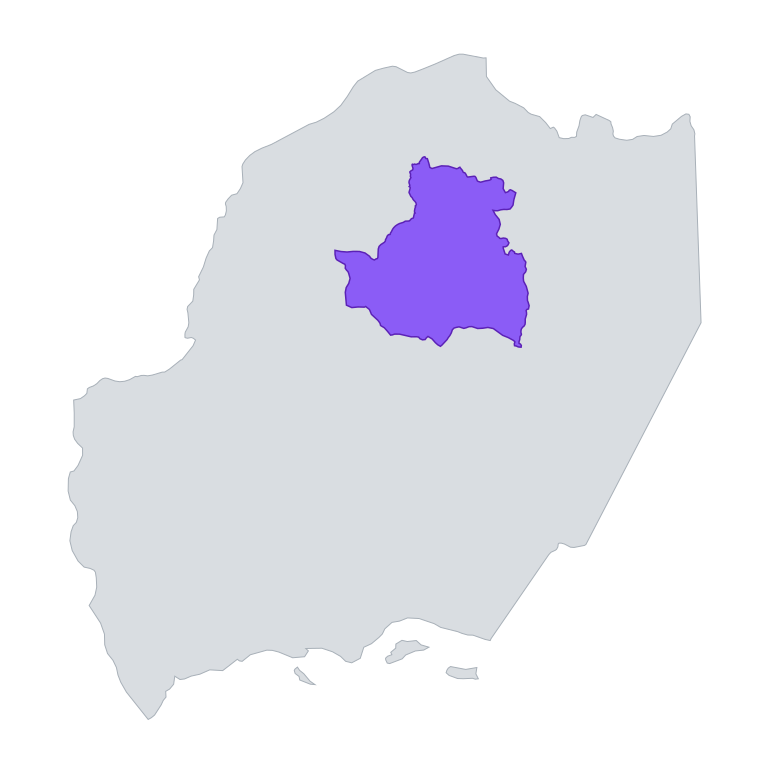 where Tabora sits in United Republic of Tanzania, rotated 88°
{"feature_id": "TZA-3359", "entity_name": "Tabora", "entity_type": "Region", "adm_level": 1, "iso_a3": "TZA", "parent_name": "United Republic of Tanzania", "parent_adm1": "", "projection": "orthographic", "projection_center": [32.512, -5.492], "detail": "fine", "context": "in_parent", "style": "filled", "palette": "violet", "viewbox_px": 768, "rotation_deg": 88, "n_neighbors": 0, "source": "natural_earth", "source_scale": "10m", "svg_char_len": 7606}
<svg xmlns="http://www.w3.org/2000/svg" viewBox="0 0 768 768"><g transform="rotate(88 384 384)"><path d="M270.3,565.5L260.7,560.4L252.0,557.4L244.9,553.9L241.7,550.6L235.0,549.3L229.2,548.7L223.8,545.6L212.8,544.5L211.6,542.4L211.4,537.8L209.5,536.6L205.5,535.5L201.1,535.5L198.5,536.2L196.9,535.9L193.4,533.2L190.0,529.7L188.7,524.3L183.7,520.7L177.9,517.9L161.7,518.3L159.2,517.4L155.3,514.7L150.8,510.1L147.2,504.8L144.0,497.7L140.6,488.1L121.9,449.8L120.0,442.6L116.3,434.5L110.3,424.7L104.0,417.4L95.4,410.7L85.7,404.2L80.4,399.7L70.3,381.7L68.3,373.3L66.7,364.5L67.3,360.9L73.5,349.6L74.1,346.4L73.3,342.2L70.2,333.2L66.2,322.3L58.2,302.4L57.0,297.4L57.1,293.6L61.7,273.4L61.6,270.6L80.3,270.9L93.9,262.0L105.7,248.7L108.1,243.2L112.9,234.7L117.7,230.4L119.5,227.5L122.2,219.1L128.4,213.3L134.5,208.9L133.2,205.8L134.1,204.6L137.4,202.4L143.9,200.3L145.1,195.8L145.1,190.8L144.0,188.0L144.2,184.8L143.2,183.0L139.0,182.6L132.8,180.1L127.5,179.0L123.9,177.6L122.6,176.5L122.0,173.5L124.9,165.8L122.0,162.6L128.5,149.8L129.7,148.2L132.1,148.0L135.8,146.6L139.3,146.0L142.1,146.5L144.2,146.0L146.1,144.5L147.6,140.2L148.9,132.9L148.2,127.0L145.5,122.4L144.7,115.5L146.0,106.1L145.1,98.4L142.1,92.2L139.0,88.5L134.3,86.8L126.9,77.3L124.6,72.8L125.1,69.9L127.6,68.7L132.3,69.1L136.7,68.0L140.8,65.4L144.8,64.6L147.0,65.0L333.8,65.0L551.4,187.8L552.3,189.2L554.0,199.8L553.6,203.3L550.2,209.3L549.2,212.5L549.2,214.7L550.0,215.5L552.8,215.9L555.2,217.3L556.1,218.5L558.0,223.0L560.3,225.3L642.2,285.9L644.1,286.8L642.8,291.8L638.1,303.9L637.8,309.0L635.9,314.9L634.1,318.9L629.2,335.9L625.2,342.3L619.6,357.2L618.6,368.7L621.5,376.8L622.5,384.3L628.7,391.7L633.8,394.4L637.1,397.9L643.1,405.6L646.4,413.4L657.3,417.3L661.5,426.0L659.8,432.0L654.7,436.9L649.8,444.8L645.9,455.3L645.6,471.4L648.1,468.9L653.8,472.9L654.4,484.8L648.2,498.5L646.3,504.9L645.9,510.4L649.9,527.0L656.2,535.4L655.7,538.1L654.0,540.2L664.8,555.2L663.6,568.1L667.6,578.2L669.2,586.9L671.8,593.6L672.2,598.2L668.7,603.3L676.7,604.7L681.4,608.9L683.5,612.9L689.3,612.8L692.4,615.6L696.9,617.9L706.8,624.8L709.4,628.2L711.0,631.4L682.9,652.2L672.8,657.5L665.6,660.0L658.0,661.3L650.7,664.5L643.7,669.7L634.9,672.2L624.2,672.1L613.0,675.6L595.1,686.4L585.0,680.2L577.0,678.2L567.7,678.3L562.0,679.0L560.0,680.3L558.1,684.0L556.5,690.1L550.3,695.9L539.6,701.4L529.7,703.4L520.8,701.9L514.7,699.5L511.6,696.3L506.9,694.7L500.8,694.9L494.8,697.2L489.1,701.5L480.0,703.4L467.6,702.7L461.0,700.6L460.1,696.9L454.7,692.6L444.8,687.7L437.5,687.5L432.7,692.2L428.4,695.1L424.5,696.3L421.0,696.4L416.0,695.1L402.2,694.6L389.2,694.7L388.0,687.9L385.3,683.7L383.0,681.3L378.5,680.6L377.2,678.7L375.8,674.5L373.6,670.9L370.7,667.9L368.9,665.1L368.3,662.6L368.8,659.8L371.6,652.8L372.5,648.0L372.2,643.1L370.8,638.1L367.7,632.1L368.1,630.4L367.0,626.3L367.0,623.5L367.6,619.9L367.0,615.3L364.4,605.3L364.4,602.7L361.6,597.9L353.0,586.4L352.6,584.9L339.0,573.4L333.5,570.8L331.6,573.0L330.8,575.0L331.4,578.7L331.0,580.5L330.5,581.3L327.2,581.2L325.2,580.8L320.0,577.7L316.0,576.9L306.0,577.5L302.5,578.2L299.7,577.5L294.5,572.2L288.3,571.1L282.7,570.8L273.5,564.8L270.3,565.5ZM659.3,375.4L663.6,388.1L663.0,390.5L659.8,391.9L658.1,392.0L656.2,389.9L654.8,385.6L652.4,386.6L648.4,381.5L644.3,381.2L640.8,375.0L642.2,369.7L641.5,360.7L646.0,356.1L648.6,348.3L651.3,353.6L651.9,362.0L655.6,371.8L659.3,375.4ZM681.9,300.0L682.2,303.0L681.2,305.8L681.3,314.9L680.9,320.8L677.5,329.1L674.7,332.0L672.2,331.1L670.2,329.7L668.7,327.4L672.1,312.3L670.6,301.1L676.9,302.3L681.9,300.0ZM670.2,482.9L667.1,483.7L665.8,482.9L663.9,480.4L667.3,478.3L670.7,474.3L678.4,468.3L682.0,463.5L681.4,468.2L676.9,478.5L673.3,479.1L670.2,482.9Z" fill="#d9dde1" stroke="#a8b0b8" stroke-width="1"/><path d="M352.0,245.7L351.7,248.3L351.3,249.3L350.7,250.3L350.3,252.2L348.4,252.4L346.5,251.7L345.1,252.9L342.0,258.1L339.5,263.7L332.4,272.8L331.1,278.2L331.7,283.3L331.8,288.4L329.7,294.1L329.7,297.1L330.7,300.0L331.2,302.3L329.5,307.0L329.9,309.5L330.5,312.0L332.2,313.8L335.2,314.9L337.9,316.5L339.8,318.1L341.8,319.4L347.1,324.7L348.3,326.3L346.7,328.9L344.5,331.2L340.6,334.4L338.0,338.4L339.3,340.0L341.0,341.3L341.2,344.0L340.0,346.5L338.4,347.7L338.1,348.8L337.9,350.0L337.8,355.2L334.7,366.8L334.5,371.7L335.2,373.8L335.4,375.7L331.3,378.8L327.8,381.7L325.7,385.0L325.1,385.5L323.6,385.7L322.4,386.3L320.0,388.0L314.0,394.1L309.7,395.7L308.8,396.2L305.9,399.6L306.5,400.9L306.1,407.2L306.5,413.5L303.9,418.8L291.0,419.5L286.3,418.4L282.2,415.7L277.3,414.2L272.3,415.4L270.4,416.1L269.0,417.4L267.0,418.7L264.4,418.4L262.9,419.0L262.2,420.5L258.4,426.6L256.9,427.7L252.9,428.4L248.7,428.3L250.1,422.4L250.8,416.3L250.4,410.1L250.7,403.9L252.4,398.4L255.9,393.9L257.5,393.0L258.7,391.4L259.3,390.3L259.7,389.2L259.2,388.4L258.7,387.6L258.4,386.3L257.4,385.7L248.8,385.0L246.3,384.1L244.5,382.2L242.4,378.7L241.5,377.9L240.9,377.6L239.6,377.4L238.5,376.6L236.4,375.7L235.8,375.3L235.4,374.9L234.8,374.0L234.8,373.7L234.9,373.1L234.8,372.8L234.5,372.5L233.7,372.4L233.3,372.2L232.5,371.6L229.5,369.9L228.1,368.8L226.5,367.1L225.2,365.1L224.2,363.0L223.1,358.9L222.4,357.9L222.0,356.9L222.0,353.9L221.8,352.8L221.3,352.3L220.2,351.3L219.7,350.7L219.5,350.1L219.3,349.5L219.1,348.9L218.7,348.7L217.5,348.5L214.1,347.5L214.1,347.0L213.1,347.5L212.1,347.5L209.4,346.9L208.0,346.2L207.7,346.3L207.5,346.5L207.3,346.6L206.9,346.4L206.4,345.8L206.1,345.5L205.7,345.4L204.0,345.8L202.6,346.7L201.5,347.8L200.2,348.7L199.0,349.2L198.6,349.5L197.9,350.1L197.6,350.5L196.8,350.9L194.6,351.8L193.9,352.2L193.3,352.3L188.9,350.9L188.2,351.1L187.6,352.0L186.7,351.3L185.7,351.4L184.6,351.8L183.4,352.0L182.1,351.8L180.9,351.3L178.7,349.9L177.6,350.4L175.1,350.1L174.0,350.6L173.0,350.8L172.1,349.9L171.0,347.9L169.8,347.5L168.6,347.7L167.4,348.1L166.3,348.3L165.5,348.2L165.3,347.8L165.7,346.9L165.6,346.5L165.3,346.0L165.3,345.7L165.7,344.3L165.4,343.3L165.2,342.8L164.9,342.2L165.0,341.8L165.1,341.4L164.9,341.0L164.6,340.9L163.8,341.0L163.4,340.8L159.5,337.8L159.2,337.7L158.6,336.6L158.4,335.9L158.4,335.2L160.1,334.3L160.3,332.8L164.9,331.5L169.2,330.6L170.3,328.5L168.0,319.0L168.5,312.1L171.4,304.1L171.1,302.5L170.4,301.6L170.0,300.6L170.4,300.4L173.4,298.1L174.7,297.7L175.1,297.4L175.4,297.0L175.6,296.1L175.9,295.7L176.9,295.0L179.7,293.7L180.1,293.0L179.5,286.7L179.8,285.7L180.9,284.9L184.2,283.7L184.7,283.1L185.7,280.4L184.6,275.8L184.0,271.4L183.3,269.9L181.7,270.1L181.2,267.4L181.2,264.6L182.6,262.5L183.2,260.0L184.7,258.1L187.1,257.4L192.9,258.1L197.0,256.0L196.6,254.4L195.9,252.8L194.8,252.1L194.3,251.0L195.1,249.2L197.5,245.6L204.4,247.8L209.7,248.8L211.7,250.3L213.5,251.9L213.9,255.0L213.7,258.2L214.0,261.3L214.8,264.3L214.7,266.7L214.2,269.0L218.6,266.9L223.5,263.2L228.5,262.2L233.3,263.8L235.6,265.1L237.9,266.3L240.1,265.8L241.6,263.9L242.5,263.2L242.7,261.9L242.3,259.6L242.7,257.3L243.7,255.8L245.2,255.5L247.3,254.2L249.3,255.2L250.4,256.3L251.1,258.0L251.0,259.1L251.1,260.1L252.5,260.1L258.3,258.4L259.4,255.2L256.7,254.3L255.5,253.3L254.5,252.1L254.9,251.0L256.0,250.1L256.6,249.0L258.0,248.8L258.9,245.5L258.3,242.1L261.5,241.0L265.4,239.4L266.2,238.5L267.2,238.0L271.5,238.9L274.3,237.7L276.8,238.5L279.4,240.8L283.0,241.1L286.2,240.9L291.4,238.4L298.3,236.8L301.6,237.7L305.7,237.7L307.3,237.1L310.8,236.2L314.1,237.0L314.4,238.5L315.5,239.4L317.5,239.1L319.5,239.1L324.0,240.6L327.6,240.7L329.4,241.0L331.0,242.0L332.2,243.6L333.8,244.8L335.8,245.3L337.7,245.3L339.0,244.9L340.2,245.4L341.1,246.3L342.3,246.6L344.4,246.8L346.5,247.6L348.1,247.6L348.9,246.2L350.3,245.4L352.0,245.7Z" fill="#8b5cf6" stroke="#5b21b6" stroke-width="1.5"/></g></svg>